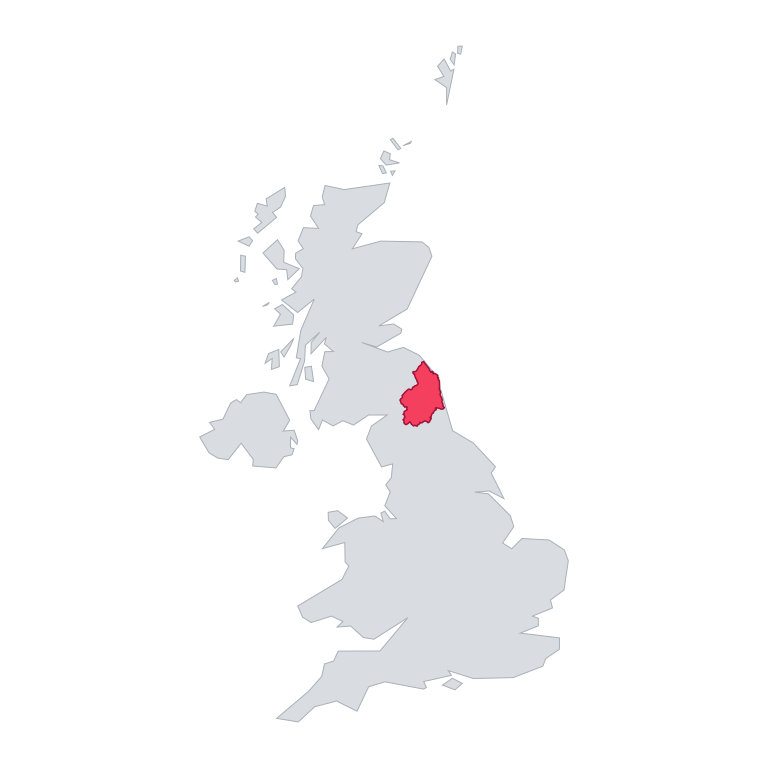 where Northumberland sits in United Kingdom
{"feature_id": "GBR-2034", "entity_name": "Northumberland", "entity_type": "Unitary Single-Tier County", "adm_level": 1, "iso_a3": "GBR", "parent_name": "United Kingdom", "parent_adm1": "", "projection": "albers", "projection_center": [-2.071, 55.292], "detail": "fine", "context": "in_parent", "style": "filled", "palette": "rose", "viewbox_px": 768, "rotation_deg": 0, "n_neighbors": 0, "source": "natural_earth", "source_scale": "10m", "svg_char_len": 6702}
<svg xmlns="http://www.w3.org/2000/svg" viewBox="0 0 768 768"><path d="M407.9,617.6L373.9,639.2L363.3,637.5L350.7,626.0L337.1,627.1L342.9,621.5L331.5,616.1L311.1,622.5L302.6,617.2L297.7,606.0L341.9,579.5L348.8,566.2L345.1,561.9L344.8,542.5L322.5,548.6L338.9,527.9L358.3,518.1L374.8,516.0L383.3,521.6L380.9,513.1L384.7,511.1L390.1,518.9L396.5,518.6L384.8,505.7L390.2,491.9L385.8,484.9L391.3,477.6L392.7,463.9L381.6,466.9L366.5,439.1L371.4,426.1L387.1,415.0L368.5,415.0L353.5,425.1L342.9,420.7L333.1,425.9L322.4,420.0L318.6,429.7L310.9,418.8L309.9,410.6L314.1,410.7L329.1,378.9L321.9,366.2L324.8,351.7L333.4,351.5L324.5,344.0L326.3,337.4L311.0,353.7L311.2,342.6L319.6,332.3L305.4,345.2L304.6,360.9L297.3,384.6L289.7,385.9L300.5,358.7L296.3,357.8L300.8,330.4L314.3,299.0L297.6,312.5L281.6,299.9L295.9,292.1L291.6,288.8L301.5,276.7L302.9,268.5L295.5,258.9L295.6,253.3L303.3,248.7L298.1,240.8L303.4,227.7L318.6,228.4L310.5,216.1L313.5,205.6L324.6,204.6L322.2,196.8L325.1,185.5L344.2,189.6L389.8,183.0L384.2,202.7L357.8,224.9L356.1,231.6L362.0,233.8L352.3,248.8L380.8,241.1L422.0,241.9L429.0,247.6L431.9,256.3L407.2,309.0L378.8,325.9L393.7,324.0L401.7,329.1L400.9,333.1L376.6,347.0L361.7,342.5L387.6,352.0L403.5,347.4L419.4,355.3L436.9,376.3L452.6,430.7L473.3,443.0L495.5,466.8L491.2,473.0L503.9,498.6L489.2,491.0L474.7,492.1L488.4,493.8L510.3,515.7L513.8,526.6L502.6,543.0L511.7,548.8L522.0,538.5L549.1,540.0L564.4,550.0L568.3,560.8L564.0,590.0L550.5,600.0L552.5,607.9L532.5,616.1L538.3,618.3L538.3,625.8L520.3,633.1L559.5,637.9L559.4,649.3L545.8,658.5L542.8,666.2L513.1,677.6L473.5,678.5L448.2,670.6L451.5,675.3L423.7,681.5L426.4,687.6L423.5,689.1L384.9,681.8L368.6,686.8L357.0,711.2L336.5,701.0L314.7,706.7L298.3,721.9L276.6,718.4L308.7,691.2L321.7,676.4L324.5,663.9L333.6,661.1L338.2,651.1L379.9,651.0L407.9,617.6ZM276.0,467.9L252.7,466.0L253.3,459.4L241.1,443.2L228.2,459.6L217.8,458.1L209.1,452.9L199.7,437.0L214.7,429.3L209.6,422.4L223.0,419.1L230.5,403.2L236.5,399.6L240.6,402.7L246.7,394.6L263.9,392.1L276.2,394.3L289.7,420.3L283.2,431.1L294.1,430.2L297.7,440.7L297.0,444.4L290.5,437.2L290.5,447.8L294.1,448.7L292.0,454.8L283.8,456.7L276.0,467.9ZM285.5,196.3L280.6,207.0L272.6,212.5L276.6,217.3L257.7,233.2L253.7,228.9L261.8,222.5L255.5,217.0L258.1,214.2L254.8,211.2L257.4,203.3L267.3,206.1L266.1,198.9L284.7,187.4L285.5,196.3ZM284.1,250.3L283.7,262.3L299.3,268.7L287.8,279.6L286.7,269.7L276.9,269.0L263.0,253.0L277.5,239.7L284.1,250.3ZM444.1,59.0L450.6,71.0L453.9,69.3L446.6,104.9L446.6,87.6L434.9,79.6L443.9,76.4L437.6,66.3L444.1,59.0ZM292.6,324.1L273.7,326.2L280.5,314.2L274.6,308.8L282.4,304.5L293.7,314.9L292.6,324.1ZM337.7,510.7L347.5,518.0L335.0,528.4L328.4,520.2L328.2,512.3L337.7,510.7ZM278.8,349.4L279.3,366.7L271.4,369.4L272.2,358.5L265.1,363.3L268.5,353.6L278.8,349.4ZM390.3,153.8L389.5,159.7L399.5,162.9L386.3,165.1L380.4,158.7L383.9,150.9L390.3,153.8ZM313.6,381.6L305.6,379.2L304.8,367.4L311.4,366.2L313.6,381.6ZM462.3,683.4L455.0,689.8L442.4,685.1L452.4,678.3L462.3,683.4ZM284.0,357.0L280.7,351.9L293.7,338.4L290.8,345.3L284.0,357.0ZM249.0,236.8L252.6,240.6L249.1,246.2L238.2,241.1L249.0,236.8ZM244.9,272.3L240.5,271.0L240.7,255.2L245.5,256.2L244.9,272.3ZM454.1,64.9L450.2,59.3L452.4,52.0L455.6,54.1L454.1,64.9ZM400.8,148.4L398.0,149.9L390.4,139.7L392.9,138.2L400.8,148.4ZM386.3,172.9L382.5,173.6L378.9,165.5L382.9,165.9L386.3,172.9ZM462.2,46.1L460.7,54.1L457.7,53.4L457.8,46.3L462.2,46.1ZM410.5,143.2L403.0,145.7L411.2,141.5L410.5,143.2ZM277.5,284.0L275.1,284.6L272.4,280.4L276.3,278.6L277.5,284.0ZM395.1,170.9L392.4,175.4L390.5,171.2L395.1,170.9ZM267.5,304.8L262.6,306.5L269.3,302.4L267.5,304.8ZM238.5,281.3L235.4,281.9L234.2,280.5L237.4,277.9L238.5,281.3Z" fill="#d9dde1" stroke="#a8b0b8" stroke-width="1"/><path d="M400.0,400.1L400.8,398.8L401.5,398.3L401.9,398.1L402.1,397.9L402.3,397.6L402.4,397.1L402.4,396.9L402.4,396.7L402.2,396.3L402.1,396.1L402.1,395.6L402.2,395.4L402.4,395.2L402.9,394.8L404.8,392.4L408.0,389.5L408.4,389.3L409.3,389.1L409.8,389.2L410.0,389.3L410.4,389.6L410.5,389.8L411.0,389.8L411.7,389.4L412.0,389.1L412.2,388.7L412.4,388.2L412.5,387.8L412.7,387.4L413.0,387.1L414.0,386.7L414.4,386.2L414.9,385.8L415.9,385.6L416.3,385.4L417.1,384.9L417.5,384.4L417.9,383.9L418.0,383.6L418.1,383.3L418.1,383.1L418.0,382.9L417.9,382.7L417.0,381.3L416.9,381.1L416.9,380.8L416.9,380.7L416.9,380.4L416.9,380.2L416.5,379.4L416.0,378.7L415.4,377.6L414.9,376.0L414.8,375.6L414.7,375.3L414.7,375.1L414.6,374.9L414.2,374.5L414.0,374.3L414.0,374.1L413.9,373.9L413.9,373.6L413.7,373.5L413.2,373.2L412.9,372.8L412.9,372.6L412.9,372.3L412.9,372.0L413.1,371.8L413.3,371.7L413.7,371.6L415.1,371.6L415.6,371.4L416.0,371.3L416.2,371.0L418.2,368.0L418.3,367.6L418.5,367.1L418.6,366.9L418.8,366.7L419.1,366.4L419.5,366.0L419.7,365.9L420.3,365.6L420.5,365.5L421.3,364.5L421.5,364.2L421.6,363.9L421.7,362.9L421.8,362.4L422.0,362.2L423.8,361.5L424.2,362.4L428.9,368.4L429.5,369.9L429.8,370.7L430.6,371.2L430.8,371.7L430.9,372.1L431.1,372.3L431.5,372.2L431.7,371.9L431.8,371.6L432.0,371.5L432.4,371.5L432.8,371.8L433.3,372.3L433.6,373.2L432.9,373.2L432.9,373.6L433.3,373.8L434.5,373.5L435.3,373.6L437.8,375.3L437.8,375.7L437.6,376.2L437.6,376.6L437.9,377.1L438.3,377.5L437.8,377.9L437.8,378.3L438.1,378.5L438.8,379.2L438.8,379.6L438.5,380.2L438.7,380.5L439.0,380.7L439.3,380.9L439.4,381.7L439.6,385.9L439.5,386.5L439.4,387.6L439.3,387.9L439.3,388.5L439.5,389.8L440.4,391.4L440.6,392.6L440.5,392.9L440.4,393.1L440.3,393.4L440.2,393.7L440.1,394.1L440.1,394.6L440.3,395.0L440.4,395.4L440.6,396.1L441.0,396.8L441.8,397.7L441.6,398.5L441.7,398.9L442.1,399.3L442.3,399.9L442.2,400.5L442.0,401.1L441.8,401.6L442.0,402.3L442.6,403.2L442.8,403.7L442.9,405.0L443.3,406.4L443.4,406.8L443.5,406.9L444.0,407.1L444.2,407.4L444.3,407.8L443.8,408.0L442.9,409.1L442.2,409.1L440.5,409.0L439.6,408.4L437.3,407.9L435.9,407.7L435.6,408.0L435.5,408.7L436.2,409.1L436.2,409.6L435.6,410.1L434.5,410.5L433.7,412.1L433.2,412.4L433.1,413.2L432.1,413.6L431.9,414.0L431.1,416.7L430.1,417.3L430.1,417.8L431.2,418.2L431.1,418.9L430.2,420.2L429.5,421.8L428.1,422.7L427.8,422.6L427.5,422.0L424.9,420.8L421.7,422.9L419.9,422.5L420.0,423.1L419.8,423.5L419.1,424.0L418.8,424.6L418.3,424.5L417.7,424.8L417.3,425.9L417.0,426.2L414.7,425.3L413.6,425.9L411.5,424.2L410.1,421.9L409.7,422.0L409.0,422.7L406.5,424.5L405.3,424.3L404.2,423.3L403.9,422.5L404.2,421.8L404.1,421.1L403.3,420.2L403.1,419.6L404.0,418.9L404.4,417.5L405.0,417.0L404.5,416.1L404.2,414.9L403.2,414.3L404.1,413.1L404.1,411.8L404.4,411.4L407.2,409.7L406.8,408.6L406.9,408.1L406.7,407.7L407.1,407.2L406.4,406.7L404.9,407.2L404.6,406.6L403.4,405.7L403.1,404.4L401.5,403.8L401.1,403.1L400.2,400.4L400.0,400.1Z" fill="#f43f5e" stroke="#9f1239" stroke-width="1.5"/></svg>